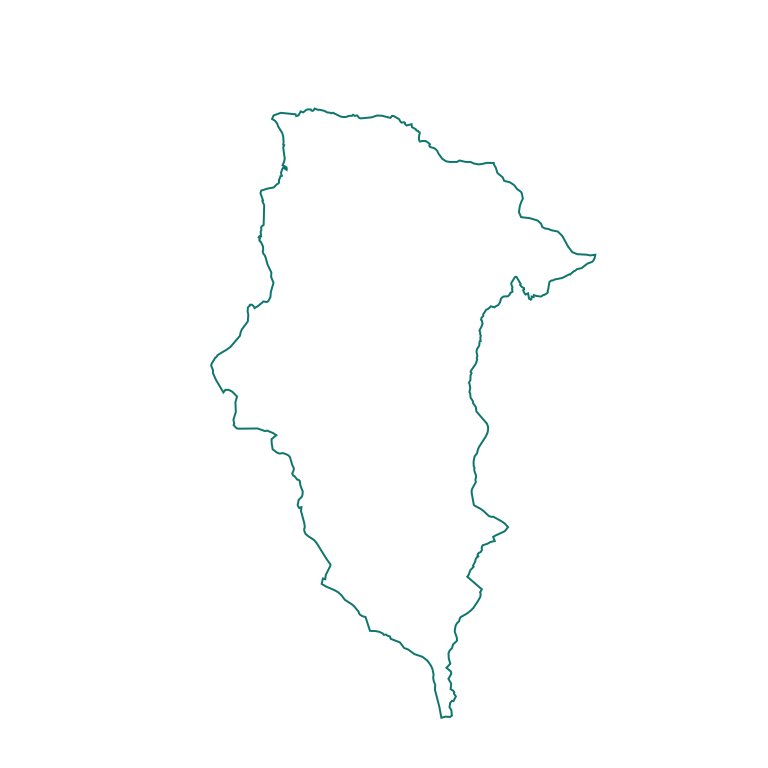 Ilva Mare, Bistrita-Nasaud, Romania, rotated 34°
{"feature_id": "2599482B81473048811011", "entity_name": "Ilva Mare", "entity_type": "district", "adm_level": 2, "iso_a3": "ROU", "parent_name": "Romania", "parent_adm1": "Bistrita-Nasaud", "projection": "mercator", "projection_center": [24.906, 47.351], "detail": "fine", "context": "isolated", "style": "outline", "palette": "teal", "viewbox_px": 768, "rotation_deg": 34, "n_neighbors": 0, "source": "geoboundaries", "source_scale": "gbopen_adm2", "svg_char_len": 6153}
<svg xmlns="http://www.w3.org/2000/svg" viewBox="0 0 768 768"><g transform="rotate(34 384 384)"><path d="M548.2,591.6L552.7,590.6L560.3,590.9L568.3,588.7L573.7,589.0L576.8,589.8L581.0,591.6L583.6,593.3L587.4,596.9L589.1,600.1L591.2,602.3L594.9,605.0L597.0,608.8L610.3,620.6L618.2,628.6L621.0,625.4L624.9,623.1L625.7,621.0L622.3,616.8L619.0,615.3L617.2,611.3L617.5,608.6L618.9,608.0L618.3,602.8L615.1,601.6L614.7,600.3L613.0,599.6L609.9,599.8L607.3,594.9L602.3,592.4L601.8,586.5L600.0,584.9L594.5,584.4L595.4,578.8L591.3,575.5L588.0,571.1L587.5,568.2L588.1,565.0L586.9,561.3L587.9,557.0L587.9,555.6L586.0,553.4L581.1,549.7L580.1,548.0L578.5,544.2L578.3,541.9L578.9,538.4L577.9,536.0L577.9,534.5L581.3,527.6L582.6,523.3L583.3,519.9L583.3,512.4L582.9,506.5L581.2,503.6L580.2,503.0L579.9,499.5L560.8,497.2L560.9,494.9L559.7,490.1L560.5,485.4L559.4,484.9L558.9,480.3L558.0,478.1L557.9,475.5L558.4,475.1L558.5,474.0L557.2,473.5L556.9,472.3L557.1,470.9L558.1,469.3L558.1,467.0L556.3,464.8L556.0,462.5L559.1,458.6L560.5,455.7L563.6,452.2L560.0,449.7L561.2,447.2L566.4,438.6L566.9,433.3L562.0,432.1L558.0,432.1L549.0,432.9L547.1,434.2L544.7,434.8L537.5,433.6L533.6,433.5L527.2,434.2L526.1,434.0L517.8,425.5L516.2,423.2L515.7,421.6L515.0,414.0L513.2,412.1L512.3,409.5L511.2,408.2L508.6,406.4L506.6,404.5L505.8,402.8L504.6,402.2L503.0,400.2L501.2,397.4L499.6,393.3L499.9,389.4L498.6,386.1L498.0,383.1L497.7,370.2L497.1,366.6L495.7,363.4L494.1,361.2L491.4,359.3L476.0,355.1L472.8,351.6L468.7,350.2L467.9,349.0L466.8,348.3L463.4,346.9L460.7,343.6L459.3,342.9L457.8,339.2L455.1,336.3L453.8,335.6L453.4,332.3L451.0,328.7L450.5,326.1L449.0,325.5L448.7,324.8L448.7,324.0L448.8,316.4L448.4,314.0L447.9,313.2L447.6,311.7L446.4,310.8L445.7,308.5L442.7,305.6L441.6,303.3L441.5,299.0L439.6,295.5L439.5,294.9L440.1,294.4L438.1,291.9L437.0,289.5L436.0,289.1L434.9,287.5L433.2,286.3L432.7,281.8L432.0,278.9L429.8,276.8L428.5,276.5L428.4,275.6L427.8,274.7L428.2,272.0L427.3,270.9L427.2,265.4L428.5,263.1L429.2,259.8L432.8,258.6L432.8,257.9L434.6,254.6L434.5,251.2L433.3,247.9L433.5,246.2L434.3,244.5L437.7,242.0L438.2,239.4L437.8,238.0L438.9,235.6L437.0,233.6L436.5,232.1L433.6,230.0L433.0,228.7L432.8,222.1L433.4,221.3L434.2,221.2L441.4,224.7L441.5,225.8L444.2,226.5L446.5,226.2L447.2,227.1L446.8,228.4L449.6,230.1L451.3,230.7L452.7,228.3L456.5,232.1L458.6,232.0L458.7,231.1L457.5,228.9L459.4,228.3L458.6,226.5L461.3,225.7L465.1,223.8L465.8,222.8L466.1,221.4L467.2,220.3L468.5,217.2L468.6,216.6L467.4,214.8L467.3,213.9L464.5,207.8L464.2,206.6L464.9,204.6L466.3,203.5L467.0,202.0L472.5,196.4L476.3,189.4L477.0,189.3L478.3,184.5L479.1,183.2L479.7,181.0L483.0,177.5L485.3,170.5L488.0,166.7L488.6,165.0L488.3,162.2L486.9,158.7L482.9,162.2L479.8,163.4L471.8,168.2L466.5,169.4L459.7,167.1L449.1,161.6L442.9,160.4L437.1,162.8L433.3,163.7L430.3,165.1L427.4,165.3L424.6,163.3L420.5,162.6L418.8,162.9L412.4,164.9L404.3,169.0L399.8,166.1L397.2,160.7L396.1,156.8L395.4,152.6L391.4,148.7L390.0,148.1L385.2,147.9L380.9,146.4L378.5,146.3L375.1,146.5L370.1,148.4L366.8,146.3L360.2,145.7L355.5,142.0L352.3,140.5L351.4,139.4L345.8,143.0L341.8,147.2L339.5,149.1L335.1,151.0L331.6,151.5L327.6,154.2L321.6,156.5L320.3,159.1L314.6,163.0L310.8,164.7L306.2,164.7L300.1,162.4L297.7,160.9L294.4,160.3L289.7,161.7L288.2,161.0L288.0,159.6L286.1,159.2L282.7,159.3L279.8,161.1L278.3,162.9L277.3,162.6L275.8,161.2L274.2,158.4L273.4,155.9L272.8,155.5L271.4,155.6L270.7,155.1L269.1,155.7L267.7,155.0L263.5,155.4L261.6,153.2L258.2,157.0L255.9,156.7L255.4,155.8L254.2,155.8L252.3,157.5L251.0,157.3L248.4,156.0L242.2,156.4L240.7,157.4L240.5,159.8L232.2,162.8L228.1,165.3L224.7,169.8L216.2,176.8L214.8,177.3L211.6,176.4L209.7,178.1L207.8,178.1L207.6,179.4L205.0,181.3L203.4,183.6L201.2,185.3L198.7,186.5L189.9,187.7L188.9,189.1L187.7,189.2L184.8,190.7L182.1,190.8L177.3,192.6L176.1,193.6L172.5,194.4L172.6,195.6L172.2,197.4L171.0,197.9L169.8,197.3L167.8,198.6L166.8,199.4L166.2,200.5L165.1,204.0L162.5,204.6L162.9,209.2L161.4,210.9L159.8,209.9L146.8,216.9L142.3,223.1L143.0,226.9L146.5,226.7L149.9,227.9L152.1,229.6L159.2,232.8L161.9,235.0L165.5,239.6L166.6,242.0L167.7,241.8L168.2,244.3L175.7,252.7L177.0,255.9L177.5,259.2L182.0,258.9L182.9,259.8L183.5,260.9L179.4,260.9L179.5,262.5L180.5,266.6L182.9,268.6L181.9,269.6L182.6,271.7L182.7,273.4L184.3,275.6L184.3,276.7L183.5,278.4L182.7,282.7L178.2,287.1L174.0,292.4L174.9,294.9L181.1,299.5L180.8,300.3L184.7,302.8L195.3,319.5L194.4,321.8L194.6,322.9L196.2,324.9L196.6,326.8L199.5,330.2L198.1,330.9L198.2,332.6L199.7,332.5L200.0,334.1L200.7,334.4L200.8,334.9L202.9,335.3L207.0,337.8L208.7,340.3L209.5,342.2L211.1,343.4L213.0,344.0L214.7,345.0L220.8,350.2L228.2,354.5L230.6,358.4L235.8,361.9L238.7,370.9L241.2,375.4L241.7,380.1L240.9,381.7L237.8,383.0L237.3,385.7L236.8,386.6L236.2,389.2L234.2,393.5L232.8,392.5L230.5,392.1L229.0,392.8L228.6,393.5L229.0,393.9L228.4,396.0L228.5,397.0L230.6,400.4L232.9,402.6L236.1,408.4L235.6,418.2L236.3,421.4L237.6,424.7L236.0,439.0L234.4,443.4L230.5,451.7L229.9,453.5L229.9,455.5L229.4,456.6L229.8,463.5L230.3,465.3L234.5,468.2L236.1,470.6L242.5,474.6L255.6,480.8L255.8,477.5L258.5,475.7L262.6,475.2L269.2,476.6L271.0,482.2L276.8,490.0L279.1,497.7L282.0,500.7L282.3,502.1L284.8,502.8L286.6,503.1L288.4,502.4L304.0,491.6L311.6,489.6L313.2,488.0L319.5,486.7L323.4,486.7L321.6,492.6L324.1,496.0L328.2,500.4L333.8,500.7L336.5,500.0L338.6,497.9L342.7,496.8L345.0,496.7L347.1,497.3L353.4,502.6L356.2,504.1L357.3,505.9L358.0,509.5L359.9,510.7L361.6,510.5L365.6,511.8L366.9,511.2L368.5,511.6L371.6,515.0L376.7,518.5L378.4,521.5L378.9,523.3L378.1,527.9L380.1,532.6L381.7,533.7L383.2,534.2L383.4,533.4L384.4,532.3L386.2,535.7L395.8,544.0L398.4,547.0L399.0,549.0L400.1,550.4L402.7,552.1L405.7,552.5L413.5,552.5L417.0,553.5L434.0,561.1L440.6,563.6L441.2,564.9L442.5,574.7L444.4,578.7L442.1,579.4L444.1,584.6L449.3,584.3L458.2,582.6L462.6,582.3L466.8,582.9L472.2,584.8L480.5,584.6L483.6,585.0L490.1,586.9L491.9,588.3L492.8,588.6L495.8,588.6L499.0,587.5L510.4,596.5L514.9,593.7L518.6,592.1L522.4,591.5L524.0,592.1L525.8,590.6L527.8,590.7L530.0,590.0L532.1,591.5L541.8,589.3L548.2,591.6Z" fill="none" stroke="#0f766e" stroke-width="2"/></g></svg>